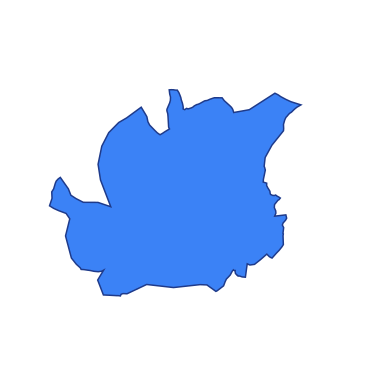 Ikeduru, Imo, Nigeria, rotated 331°
{"feature_id": "59680162B47841916602322", "entity_name": "Ikeduru", "entity_type": "district", "adm_level": 2, "iso_a3": "NGA", "parent_name": "Nigeria", "parent_adm1": "Imo", "projection": "orthographic", "projection_center": [7.171, 5.555], "detail": "fine", "context": "isolated", "style": "filled", "palette": "blue", "viewbox_px": 384, "rotation_deg": 331, "n_neighbors": 0, "source": "geoboundaries", "source_scale": "gbopen_adm2", "svg_char_len": 2736}
<svg xmlns="http://www.w3.org/2000/svg" viewBox="0 0 384 384"><g transform="rotate(331 192 192)"><path d="M264.0,124.2L257.2,120.4L255.8,120.1L252.9,119.6L252.0,119.5L250.3,119.4L249.1,119.1L247.9,118.6L247.1,118.4L245.1,118.4L241.5,118.4L239.6,118.2L238.9,117.9L237.5,117.8L235.7,117.8L233.7,118.2L232.2,118.1L229.7,117.6L228.8,117.4L228.1,116.5L227.7,116.2L225.6,116.5L224.5,115.1L225.4,113.6L226.0,112.0L226.7,109.6L227.3,106.2L228.0,104.0L228.3,102.1L228.7,98.8L228.5,95.7L227.6,95.3L226.6,94.6L225.2,93.5L223.5,92.5L221.6,91.6L220.0,95.5L219.2,98.6L217.5,101.4L215.6,103.3L212.1,106.0L210.2,107.5L209.4,108.8L208.7,111.9L207.5,114.6L204.6,120.6L203.0,123.9L202.9,124.7L202.9,125.9L201.2,126.0L198.1,126.1L194.4,126.4L191.8,126.4L190.3,123.4L189.3,120.0L187.4,113.0L187.5,109.1L189.0,104.4L189.0,101.9L188.7,93.2L170.7,95.5L161.6,95.7L148.0,99.7L135.3,108.2L123.3,122.2L117.8,137.1L113.8,165.5L104.7,155.5L91.9,148.3L87.4,141.6L84.5,136.1L85.4,129.3L83.9,115.4L81.3,115.7L78.6,116.6L76.9,117.9L72.5,122.2L69.4,123.9L66.5,129.7L60.7,135.0L63.1,139.3L66.3,143.6L71.5,149.7L72.1,156.2L60.1,169.1L54.5,191.3L55.8,199.1L57.5,204.1L57.5,206.0L59.9,207.5L62.1,209.2L64.9,211.3L67.9,213.9L71.4,216.3L74.6,217.5L76.8,217.5L66.8,223.3L64.6,239.1L69.8,242.3L75.5,245.9L77.4,247.0L79.0,248.2L80.3,247.1L82.0,247.3L82.9,247.7L85.8,249.5L107.5,250.9L129.5,266.6L154.1,276.9L160.0,280.5L164.7,290.5L166.1,290.6L174.1,289.4L175.9,287.9L177.4,286.6L179.9,284.8L182.6,284.0L185.3,283.1L187.7,281.5L188.2,281.2L188.6,280.9L189.4,280.5L190.4,280.2L190.4,280.6L190.7,280.9L191.7,281.6L191.2,282.1L191.1,282.7L190.8,283.5L190.5,284.3L190.7,285.2L191.1,286.1L191.0,286.7L191.6,287.3L191.5,287.8L193.0,288.7L194.7,290.6L197.4,292.4L203.5,284.2L205.5,281.6L207.2,283.9L211.6,285.6L219.4,284.3L227.3,282.6L228.3,286.1L229.2,287.6L230.0,288.6L236.2,286.4L240.1,285.2L244.0,283.6L246.4,282.3L250.4,274.4L251.6,272.9L251.5,272.3L254.9,267.6L255.0,264.7L256.6,263.3L260.2,262.0L262.1,260.8L263.0,257.5L252.6,253.2L255.1,251.2L256.1,249.0L256.4,245.6L258.1,243.0L263.1,240.9L264.4,240.9L266.3,240.1L265.4,238.3L265.1,237.9L264.5,237.0L263.7,235.2L262.7,235.1L261.0,234.2L259.5,232.2L259.8,230.8L260.5,229.1L260.4,226.6L260.3,225.3L260.4,222.6L261.6,220.5L259.1,217.8L260.7,215.4L263.9,211.7L266.8,208.3L267.5,205.4L267.5,204.6L272.7,197.3L284.6,189.8L301.7,182.8L302.9,181.0L304.4,178.0L304.9,177.1L306.0,176.0L308.1,173.9L310.3,172.3L311.9,171.8L314.2,170.9L315.7,170.5L317.5,170.4L318.4,170.2L320.1,169.7L321.6,169.3L323.1,169.0L325.0,168.7L329.5,168.6L322.3,161.0L319.0,156.5L315.9,151.7L314.4,148.7L312.4,145.8L282.0,147.8L267.0,142.7L267.7,139.5L267.6,137.2L266.9,134.8L264.5,127.8L264.0,124.2Z" fill="#3b82f6" stroke="#1e3a8a" stroke-width="1.5"/></g></svg>